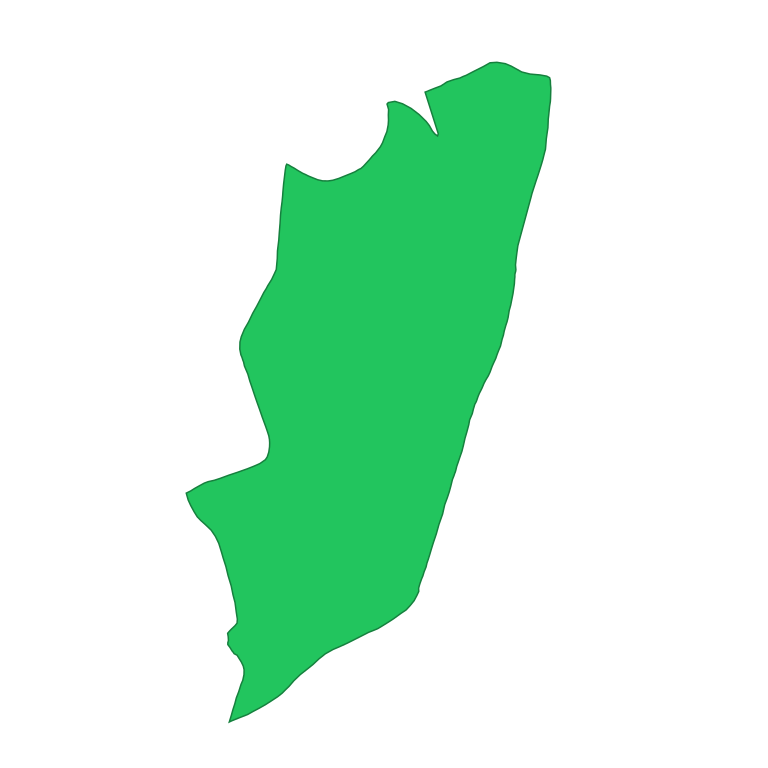 the district of Kien Svay, Kândal, Cambodia, rotated 71°
{"feature_id": "14789045B56719191672618", "entity_name": "Kien Svay", "entity_type": "district", "adm_level": 2, "iso_a3": "KHM", "parent_name": "Cambodia", "parent_adm1": "Kândal", "projection": "albers", "projection_center": [105.145, 11.423], "detail": "fine", "context": "isolated", "style": "filled", "palette": "green", "viewbox_px": 768, "rotation_deg": 71, "n_neighbors": 0, "source": "geoboundaries", "source_scale": "gbopen_adm2", "svg_char_len": 3950}
<svg xmlns="http://www.w3.org/2000/svg" viewBox="0 0 768 768"><g transform="rotate(71 384 384)"><path d="M653.2,640.3L652.9,637.6L652.5,630.3L652.1,620.5L651.0,614.5L649.9,607.5L648.4,599.7L646.7,592.8L645.1,586.5L643.1,580.8L641.1,576.8L638.9,572.1L635.2,565.8L631.5,557.8L628.4,548.9L626.1,542.5L622.8,535.2L620.0,527.3L618.4,518.5L617.9,511.5L617.1,503.3L616.3,497.3L615.1,488.6L613.8,479.5L613.6,474.7L613.3,469.7L612.2,464.5L610.6,457.5L610.0,455.0L609.1,451.5L606.4,442.7L604.8,436.6L602.0,431.4L598.7,426.1L594.7,421.8L591.5,418.7L588.3,417.7L586.5,416.5L584.4,415.0L580.4,411.8L578.2,409.8L574.6,407.2L570.7,403.8L567.3,401.7L564.4,399.4L560.6,396.6L555.7,393.1L550.1,389.0L542.7,383.3L534.7,377.8L526.0,370.9L517.9,365.9L511.8,360.9L507.2,357.4L502.5,354.2L496.6,350.4L493.6,347.8L491.5,346.2L490.5,345.3L489.1,344.3L485.5,342.0L482.2,339.4L478.3,336.4L473.1,332.3L467.9,328.9L461.7,325.1L456.5,321.4L450.1,317.1L445.8,314.7L440.8,310.2L436.3,307.3L435.1,306.4L432.8,304.8L430.8,302.6L429.6,301.6L426.5,299.2L423.8,296.8L421.7,294.6L419.5,292.4L415.9,289.2L413.1,286.2L410.2,282.7L407.2,279.8L402.6,276.1L399.5,273.2L396.2,270.0L392.7,267.3L389.4,264.5L387.5,262.8L386.2,261.6L383.7,260.0L380.2,257.8L376.7,255.2L373.1,253.1L368.2,249.7L365.2,247.4L361.5,245.0L355.3,241.7L350.8,238.6L345.3,235.4L340.7,232.7L331.7,228.1L327.3,226.3L325.4,225.4L323.6,224.8L322.5,224.3L320.3,222.8L318.9,222.1L314.2,220.9L308.4,218.2L303.1,215.6L296.8,212.4L292.5,209.5L255.0,184.0L252.1,182.1L240.9,173.7L236.8,170.5L232.1,167.0L227.5,163.6L223.4,160.7L220.3,158.7L217.1,156.6L214.6,154.9L209.6,152.7L205.0,150.7L199.3,147.8L195.1,145.6L190.0,143.6L187.1,142.5L184.0,141.0L175.1,136.9L171.2,134.8L168.6,133.7L160.1,130.5L158.4,129.9L155.1,129.1L151.2,127.9L148.3,127.7L145.9,129.9L142.6,135.8L138.5,145.0L133.8,152.2L124.9,160.2L120.6,165.0L116.6,172.5L114.8,179.2L116.2,186.7L117.5,196.5L118.2,201.3L118.9,205.9L119.0,209.1L119.4,212.7L119.2,215.0L118.9,219.1L118.9,226.1L120.7,233.1L120.9,240.0L121.4,250.1L165.0,251.2L166.9,252.6L164.2,254.5L160.5,255.9L154.4,257.0L149.4,258.7L140.8,263.0L132.3,268.6L125.1,275.2L120.3,281.7L119.3,288.3L120.3,290.0L122.9,290.1L126.0,290.3L131.0,292.3L136.1,293.9L140.4,295.7L146.3,299.1L150.5,302.8L155.4,306.8L158.5,310.2L162.7,316.6L164.7,320.7L167.2,324.8L169.7,329.4L171.4,332.5L172.7,335.6L173.0,338.4L173.9,342.3L174.2,346.4L174.5,352.4L174.9,359.9L174.7,366.0L173.8,370.8L171.9,376.0L169.3,380.2L165.5,384.6L163.5,386.9L162.2,388.3L160.5,389.9L158.3,392.3L154.0,396.0L150.6,398.7L147.9,401.2L146.0,402.7L144.5,404.4L145.9,405.7L149.8,407.8L155.8,410.7L162.2,413.8L168.9,416.8L172.9,418.5L178.4,421.0L183.8,423.7L190.5,426.8L198.1,429.9L206.3,433.5L213.6,436.6L223.5,441.4L230.7,444.1L240.7,448.6L244.2,451.9L248.6,456.2L253.3,462.0L255.4,464.2L258.4,467.9L263.4,473.1L269.1,479.1L274.3,485.0L281.3,491.9L286.8,498.2L292.9,503.6L297.4,506.5L304.1,509.0L309.8,509.8L312.8,509.6L315.3,509.7L317.4,509.6L321.6,510.1L325.9,509.8L330.3,509.5L337.5,509.9L343.7,509.9L353.0,510.0L359.3,510.0L367.1,509.9L375.8,509.9L386.3,509.7L390.9,509.7L395.6,509.8L399.3,510.4L402.5,511.3L406.2,512.7L410.9,515.1L415.0,518.2L417.0,520.9L418.8,527.2L419.2,531.5L419.4,534.3L419.7,540.9L419.8,551.0L419.7,560.4L419.9,569.9L419.8,575.8L419.1,582.0L419.2,586.2L420.3,592.7L421.1,597.1L422.2,601.7L422.8,606.5L426.1,606.7L430.0,606.9L436.1,606.3L443.1,605.1L448.8,603.8L453.5,601.6L458.9,598.6L465.9,595.0L473.3,593.0L480.9,592.1L490.3,592.4L496.0,592.7L505.2,592.9L514.4,593.8L525.2,594.2L534.2,595.4L542.1,596.0L551.9,598.0L558.5,599.2L562.3,600.8L564.1,603.7L566.1,608.1L567.5,610.8L568.8,613.0L572.3,613.6L575.9,614.6L577.8,615.9L579.6,616.5L583.0,615.4L585.4,614.9L587.4,614.4L588.5,613.9L590.2,613.5L592.6,611.2L596.2,610.4L600.4,609.4L604.8,608.9L608.6,609.3L613.2,611.0L618.2,614.0L621.5,617.0L627.6,621.5L632.7,625.8L637.7,629.1L642.5,632.7L647.7,636.3L653.2,640.3Z" fill="#22c55e" stroke="#15803d" stroke-width="1.5"/></g></svg>